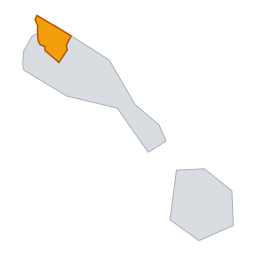 where Saint John Capesterre sits in Saint Kitts and Nevis
{"feature_id": "KNA-5104", "entity_name": "Saint John Capesterre", "entity_type": "Parish", "adm_level": 1, "iso_a3": "KNA", "parent_name": "Saint Kitts and Nevis", "parent_adm1": "", "projection": "albers", "projection_center": [-62.805, 17.383], "detail": "fine", "context": "in_parent", "style": "filled", "palette": "amber", "viewbox_px": 256, "rotation_deg": 0, "n_neighbors": 0, "source": "natural_earth", "source_scale": "10m", "svg_char_len": 552}
<svg xmlns="http://www.w3.org/2000/svg" viewBox="0 0 256 256"><path d="M166.0,141.0L148.3,152.2L117.2,108.1L67.0,96.1L23.8,70.1L22.7,64.5L23.5,51.5L31.9,36.4L54.0,24.8L109.2,60.1L135.1,104.6L159.2,125.1L166.0,141.0ZM233.3,225.4L199.0,240.6L170.0,219.9L176.5,170.2L204.2,168.8L231.9,190.9L233.3,225.4Z" fill="#d9dde1" stroke="#a8b0b8" stroke-width="1"/><path d="M35.1,19.5L37.0,15.4L71.2,36.0L66.4,44.9L67.3,50.0L58.9,62.5L45.1,50.5L44.7,46.3L40.3,44.9L38.1,40.7L37.6,32.4L37.6,25.4L35.1,19.5Z" fill="#f59e0b" stroke="#b45309" stroke-width="1.5"/></svg>